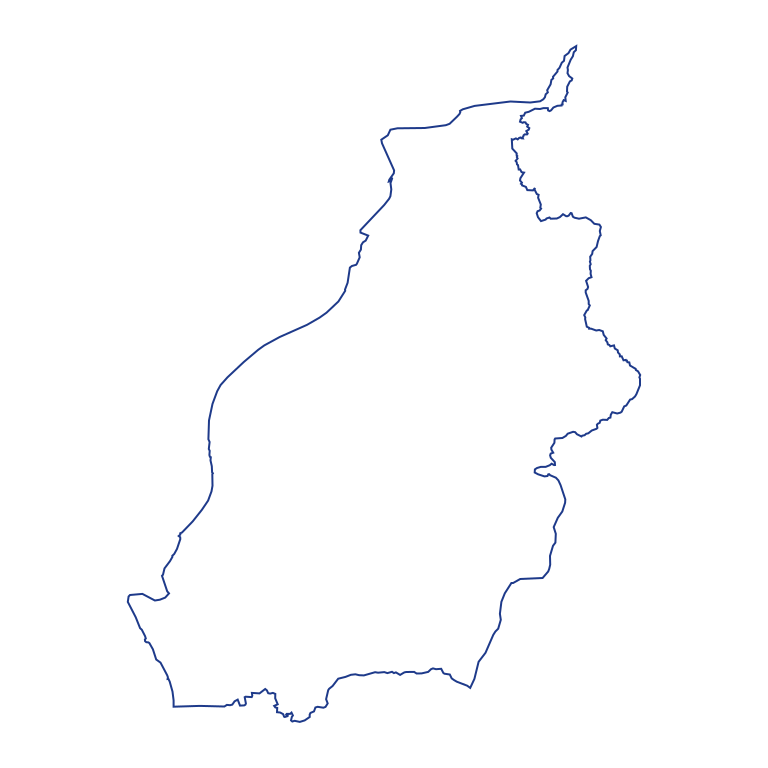 Sambas, Kalimantan Barat, Indonesia (orthographic projection)
{"feature_id": "22746128B87993072617697", "entity_name": "Sambas", "entity_type": "district", "adm_level": 2, "iso_a3": "IDN", "parent_name": "Indonesia", "parent_adm1": "Kalimantan Barat", "projection": "orthographic", "projection_center": [109.291, 1.523], "detail": "fine", "context": "isolated", "style": "outline", "palette": "blue", "viewbox_px": 768, "rotation_deg": 0, "n_neighbors": 0, "source": "geoboundaries", "source_scale": "gbopen_adm2", "svg_char_len": 6094}
<svg xmlns="http://www.w3.org/2000/svg" viewBox="0 0 768 768"><path d="M640.2,375.0L638.0,371.3L635.9,370.0L635.7,368.9L630.0,365.5L629.3,362.4L627.4,362.2L626.9,360.6L626.1,360.6L625.8,359.9L623.5,360.3L621.7,356.3L619.9,356.4L619.8,354.4L618.0,352.5L617.7,350.3L614.8,348.5L614.0,345.4L610.3,346.3L609.4,345.0L607.8,344.4L607.4,342.4L605.7,340.1L606.6,338.5L603.7,334.9L602.8,331.3L599.2,330.0L596.2,330.5L591.2,328.7L589.1,328.7L589.1,327.8L586.8,326.7L585.1,319.1L585.3,317.4L584.2,315.1L586.8,310.5L587.7,310.1L589.8,305.4L588.7,304.0L588.7,300.9L585.7,292.5L585.7,290.3L587.5,288.9L588.1,287.0L586.1,280.8L588.7,278.2L591.5,277.2L590.6,273.9L590.8,270.7L590.0,269.3L589.8,265.8L590.7,264.2L589.9,261.6L590.4,260.3L590.2,256.7L592.2,253.9L592.6,251.1L596.6,247.0L598.0,241.1L599.8,236.1L600.7,235.3L599.8,231.0L600.9,227.0L599.4,224.6L594.3,223.8L590.8,220.2L585.8,217.4L579.0,218.7L574.5,217.7L572.9,216.7L571.6,213.2L570.7,213.0L568.7,215.6L567.4,216.2L566.2,216.2L563.0,214.2L559.9,217.1L556.8,218.5L550.7,218.7L549.5,217.5L546.5,218.5L545.6,219.6L541.0,221.1L538.0,217.2L536.7,213.2L537.6,211.2L539.6,210.5L541.1,208.6L540.3,207.7L540.8,204.5L538.1,197.7L538.6,194.8L536.8,194.0L534.6,189.7L534.9,188.0L533.0,190.4L527.3,190.1L525.9,186.9L522.1,185.4L521.9,184.4L521.0,183.8L521.9,182.6L520.0,180.5L520.4,178.2L524.0,172.6L521.6,172.2L520.1,169.4L518.7,169.5L518.0,165.1L517.0,164.4L516.7,162.2L515.6,160.9L517.6,158.5L516.8,157.0L517.3,156.0L516.6,155.2L516.7,153.4L512.3,148.6L511.8,139.3L513.0,139.7L515.9,138.4L517.7,139.4L519.2,137.9L520.5,137.5L521.4,138.3L522.8,138.4L522.3,137.5L523.3,136.6L523.5,135.4L524.6,134.4L527.1,134.4L527.7,133.6L526.3,131.1L528.8,129.6L529.3,128.1L527.2,126.6L528.0,124.8L526.2,123.8L525.5,122.4L523.8,122.2L522.7,122.8L520.0,121.7L520.6,119.4L521.9,118.2L521.0,115.9L523.8,115.6L525.2,112.7L528.8,111.8L535.0,108.7L540.0,109.0L543.5,108.1L547.8,108.1L548.1,110.4L549.6,111.1L551.1,110.3L553.4,107.5L557.4,105.8L561.6,105.5L561.7,104.5L562.6,104.4L562.5,102.3L563.7,100.1L565.7,100.9L565.3,97.3L567.7,92.5L567.0,91.6L567.2,86.7L569.9,81.4L571.7,80.4L572.3,78.5L569.1,76.1L567.5,73.2L567.9,70.0L567.5,67.5L570.7,59.7L572.9,56.2L573.8,52.2L575.9,50.2L576.2,46.1L570.5,49.6L568.5,53.1L564.6,56.0L564.0,60.8L561.8,62.7L559.5,67.8L557.5,70.0L557.5,71.5L553.0,76.8L553.2,78.4L551.4,79.9L550.6,84.3L547.2,90.2L547.8,92.4L545.7,94.3L544.9,97.3L543.3,99.3L540.1,101.3L530.3,102.5L510.4,101.5L474.6,105.9L462.8,109.3L460.0,110.9L460.3,112.1L459.5,114.0L456.9,116.8L449.6,123.8L445.8,125.2L424.8,128.0L397.4,128.3L390.4,129.7L387.8,135.3L381.3,139.7L382.0,143.3L394.1,170.4L393.8,173.3L389.3,179.7L388.8,181.5L390.7,180.8L390.2,181.7L390.8,181.2L390.7,178.7L391.4,177.7L392.1,178.5L390.5,183.1L391.3,189.4L390.4,196.2L389.1,198.8L384.1,205.1L360.4,230.2L360.5,232.6L368.2,235.6L365.7,240.6L363.0,242.3L361.2,245.2L360.9,249.6L358.9,252.8L359.7,257.3L356.9,263.7L356.1,264.8L351.9,266.0L349.9,267.6L347.6,282.8L345.0,289.6L345.2,290.8L338.4,301.5L326.5,312.7L319.6,317.6L306.9,324.9L279.7,337.0L264.3,345.4L258.2,349.8L243.9,361.9L227.5,377.3L220.6,385.0L217.2,391.2L212.5,403.9L209.0,420.4L208.4,439.3L209.6,442.0L208.8,449.0L209.7,450.8L209.4,455.0L209.9,456.8L210.8,457.2L210.5,460.4L211.8,466.2L212.1,472.3L212.9,473.3L212.3,474.1L212.5,485.8L211.5,491.4L208.1,500.6L201.9,509.8L192.7,521.4L182.0,532.5L180.2,533.3L180.3,534.6L178.7,536.0L180.2,537.2L180.3,539.1L177.0,548.9L174.2,554.0L172.3,555.8L172.4,556.9L170.0,561.1L164.5,568.4L163.0,574.7L162.0,575.8L167.2,591.3L169.0,593.4L165.2,597.6L159.9,599.7L154.9,600.5L142.4,593.9L130.0,595.0L128.6,596.5L127.8,601.9L135.7,617.2L140.1,628.2L141.8,629.7L145.1,636.2L145.8,638.5L144.9,639.5L145.1,641.2L146.3,642.2L148.4,642.4L149.4,643.1L152.9,649.3L156.2,659.5L160.5,662.6L167.2,675.3L167.9,677.2L167.6,679.0L168.4,678.9L169.7,681.6L172.5,691.6L173.6,700.4L173.6,706.7L199.8,705.9L224.4,706.5L226.9,704.9L230.1,705.2L232.3,704.6L234.6,701.3L237.7,699.6L240.0,705.6L244.2,705.4L245.4,704.7L245.9,703.5L244.7,697.2L245.6,696.7L251.7,697.1L252.3,695.7L251.9,692.9L259.5,693.4L265.2,689.0L266.9,690.4L268.2,693.2L270.1,693.6L272.9,692.9L275.3,693.9L275.2,698.3L277.7,704.3L274.2,705.9L275.3,707.4L277.2,707.9L277.0,712.2L280.1,712.5L283.1,714.1L284.1,716.7L284.8,717.0L287.6,716.1L287.7,715.4L286.2,714.6L286.7,713.9L290.1,713.9L291.5,712.6L292.9,715.5L291.9,716.8L291.0,720.4L292.3,721.5L294.6,720.8L299.8,721.9L304.7,720.4L309.7,717.0L309.7,714.5L310.5,712.9L314.0,711.4L315.4,707.5L317.6,706.8L323.4,707.7L325.5,706.9L327.7,703.4L326.1,699.2L328.2,690.2L329.1,688.8L332.6,686.0L338.2,678.7L345.5,676.9L350.9,674.8L355.4,674.3L359.2,675.2L363.9,675.4L375.1,672.2L378.1,672.7L384.3,672.1L387.4,673.1L392.0,671.8L393.9,673.1L395.9,672.4L400.1,674.9L404.3,672.4L406.2,672.0L414.1,671.9L416.6,673.5L421.6,673.4L428.2,671.9L431.0,669.2L433.0,668.4L436.0,669.2L441.2,668.8L443.3,672.9L444.4,673.7L449.8,674.5L451.7,678.4L454.1,680.1L456.8,681.7L467.2,685.7L470.2,687.9L474.4,678.9L478.6,661.8L485.5,652.8L493.3,634.8L495.4,631.5L498.2,628.7L500.8,619.8L499.9,613.8L501.4,601.8L504.8,593.3L511.4,583.0L513.1,583.0L520.2,579.0L542.6,578.0L548.2,571.5L549.2,568.9L550.2,564.7L550.0,555.9L553.0,545.8L555.4,542.6L555.8,533.8L553.7,527.1L557.8,517.8L562.3,511.5L565.1,502.8L565.3,499.4L560.6,485.2L558.4,480.4L555.9,477.7L550.1,475.2L549.2,474.2L548.3,474.3L547.5,476.0L544.5,476.4L538.1,474.3L534.7,472.5L534.9,469.4L537.0,468.0L540.7,466.9L545.6,466.9L549.8,465.2L551.6,463.7L554.1,465.1L555.0,465.0L554.8,462.1L550.8,457.8L550.1,455.3L550.7,453.6L553.2,452.7L551.4,449.6L551.2,447.7L554.4,442.8L554.6,439.4L555.2,438.5L562.4,438.0L565.9,435.9L567.7,433.7L573.1,431.8L575.2,432.2L576.9,434.2L581.5,436.5L582.2,435.7L584.6,435.2L586.1,433.8L588.3,433.3L591.8,430.5L596.5,428.8L597.4,427.9L596.9,424.8L597.7,423.8L599.7,422.8L600.3,420.6L602.8,419.7L607.2,419.9L608.8,418.0L610.4,417.6L610.8,414.7L612.3,412.2L617.2,413.5L620.5,412.6L621.7,411.7L624.2,406.4L626.3,405.5L630.1,399.6L632.1,399.1L635.0,396.5L636.4,394.2L640.0,385.3L640.0,378.7L639.4,377.4L640.2,375.0Z" fill="none" stroke="#1e3a8a" stroke-width="2"/></svg>